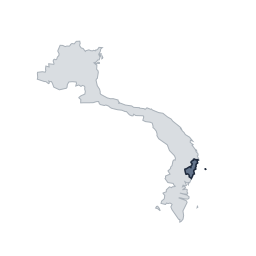 Vietnam, with Bình Thuận highlighted, rotated 324°
{"feature_id": "VNM-496", "entity_name": "Bình Thuận", "entity_type": "Province", "adm_level": 1, "iso_a3": "VNM", "parent_name": "Vietnam", "parent_adm1": "", "projection": "natural_earth1", "projection_center": [108.248, 11.033], "detail": "fine", "context": "in_parent", "style": "filled", "palette": "slate", "viewbox_px": 256, "rotation_deg": 324, "n_neighbors": 0, "source": "natural_earth", "source_scale": "10m", "svg_char_len": 5690}
<svg xmlns="http://www.w3.org/2000/svg" viewBox="0 0 256 256"><g transform="rotate(324 128 128)"><path d="M154.5,47.9L152.5,48.0L150.4,49.9L147.6,51.1L146.9,54.4L144.6,56.0L143.5,55.2L141.2,55.9L138.7,55.2L139.6,59.1L137.1,62.1L137.4,64.0L136.7,65.5L132.4,69.8L131.1,69.9L130.2,70.6L128.0,75.7L127.8,79.9L126.8,82.4L125.9,83.4L125.7,84.7L128.9,91.4L131.1,94.1L133.2,95.5L136.4,99.5L135.9,100.5L136.1,102.7L134.6,102.1L134.8,102.3L136.6,103.6L139.3,107.8L144.0,112.4L144.7,114.6L149.2,118.3L149.1,118.8L152.4,121.8L152.7,123.0L155.2,122.8L157.4,126.3L158.1,126.3L158.3,127.8L161.9,133.6L164.9,136.6L166.4,142.1L168.2,146.2L168.2,148.6L170.9,158.6L170.7,159.9L170.2,158.7L170.3,162.5L170.7,164.5L170.5,167.0L172.4,171.6L172.7,176.8L171.3,174.6L169.9,176.1L170.9,179.8L169.7,179.5L169.8,184.4L170.4,186.1L170.2,186.8L169.6,185.5L169.1,187.8L169.6,189.4L168.8,191.2L167.6,191.3L167.0,195.0L164.9,195.3L163.4,197.0L161.6,197.6L158.1,200.8L155.9,201.4L154.8,203.9L152.8,204.2L145.6,208.6L144.8,207.5L143.5,207.1L142.5,204.8L141.7,208.6L141.2,208.8L140.0,208.1L139.0,206.6L137.5,207.6L139.2,207.9L139.6,208.9L139.4,210.1L135.7,210.0L139.0,211.5L139.7,212.7L138.1,214.5L138.1,215.8L137.3,216.4L135.5,215.2L131.7,211.1L136.2,216.9L137.0,219.5L136.0,220.7L134.6,220.7L132.5,219.0L129.0,214.9L127.9,214.3L131.9,220.2L132.5,221.5L132.0,223.0L123.7,227.4L121.5,231.6L118.9,234.1L116.2,234.8L114.6,234.6L116.2,232.4L115.3,231.6L115.6,220.0L116.3,217.0L118.7,215.8L118.7,215.1L117.9,213.4L116.0,212.7L115.1,211.4L113.4,211.9L110.4,208.4L112.2,206.9L115.7,206.6L118.1,204.2L117.9,201.5L118.1,201.2L121.5,202.1L122.6,200.6L126.9,200.0L128.2,201.9L129.2,201.6L131.2,202.8L132.0,202.9L131.6,201.0L132.0,199.4L128.2,195.6L128.2,190.7L129.1,190.5L130.1,188.9L134.9,190.0L135.1,186.2L138.7,185.8L139.5,184.7L141.5,184.3L145.0,181.1L146.5,180.8L147.3,181.7L148.7,180.2L149.3,177.7L148.3,170.6L149.9,164.7L146.5,154.7L146.9,151.2L148.0,150.0L149.0,147.2L148.9,143.9L148.4,142.4L149.3,141.3L150.5,138.4L149.4,136.4L145.9,133.1L144.5,130.5L147.3,128.3L147.4,127.0L141.6,122.5L140.7,120.2L139.3,121.1L138.3,120.5L136.9,118.2L136.4,113.8L135.4,113.1L133.5,110.0L130.3,107.1L126.4,102.5L125.7,101.1L125.2,98.9L123.6,96.4L122.1,95.9L119.4,92.8L119.1,91.5L119.8,89.3L117.9,88.1L114.6,87.0L104.5,79.8L106.6,77.2L106.0,74.8L106.2,74.4L109.0,74.3L113.0,75.2L115.0,73.3L115.8,71.1L117.2,69.5L117.3,68.5L116.3,66.8L114.4,66.7L113.5,64.3L110.4,63.3L112.5,61.7L113.1,60.3L110.2,57.8L107.2,56.0L104.5,57.2L102.5,59.3L101.5,59.6L95.0,56.8L92.0,51.4L93.2,47.0L93.3,45.3L92.0,44.6L91.6,43.5L90.7,45.4L89.8,45.4L88.8,42.1L87.7,41.3L83.3,35.2L84.7,34.0L86.8,30.5L87.6,29.8L91.9,32.2L93.8,34.2L95.6,32.9L95.7,32.1L98.0,29.6L100.0,32.2L101.6,29.4L105.4,32.9L106.1,32.2L106.8,29.8L107.9,29.1L108.8,29.0L109.8,30.4L110.7,30.5L112.6,29.1L114.5,28.8L115.9,27.5L116.3,24.8L116.7,24.2L121.7,21.2L123.7,22.8L125.0,25.2L126.8,25.8L128.6,27.3L130.1,27.1L130.5,26.6L132.3,26.7L133.9,28.3L137.1,27.5L140.0,29.4L139.0,31.5L137.6,32.4L137.2,33.5L137.2,35.8L138.4,37.2L138.5,41.0L139.3,40.7L142.3,41.8L143.4,43.7L144.8,44.8L145.9,44.9L146.9,46.4L147.9,45.9L148.4,46.5L150.4,46.3L151.9,45.7L154.5,47.9ZM106.0,208.7L106.1,211.1L105.4,213.9L104.6,210.8L103.3,209.0L105.0,208.2L106.0,208.7ZM150.0,52.1L148.2,53.9L147.5,53.9L148.4,51.3L150.0,52.1ZM143.0,58.9L142.5,58.9L141.5,57.8L142.0,57.1L143.1,57.6L143.4,58.1L143.0,58.9ZM149.0,56.3L148.3,56.7L147.5,56.6L149.3,54.7L149.0,56.3ZM140.1,56.3L140.8,58.2L139.8,57.2L140.1,56.3ZM144.8,207.9L143.4,209.5L143.3,208.7L144.8,207.9ZM138.0,233.1L137.0,233.1L138.1,232.1L138.0,233.1Z" fill="#d9dde1" stroke="#a8b0b8" stroke-width="1"/><path d="M166.0,195.2L165.8,195.1L165.6,195.1L165.4,195.1L165.2,195.1L164.9,195.2L164.5,195.6L164.4,195.7L164.3,195.9L164.2,196.2L164.0,196.9L163.9,197.2L163.8,197.3L163.7,197.3L163.3,197.3L163.1,197.1L162.9,197.1L162.5,197.3L162.4,197.3L161.9,197.3L161.7,197.6L161.4,197.7L161.1,197.9L161.0,198.2L160.9,198.4L160.7,199.0L160.3,199.2L160.2,199.2L159.8,199.5L159.6,199.5L159.4,199.5L159.3,199.8L159.1,200.4L159.0,200.6L158.8,200.6L158.7,200.7L158.5,201.2L158.4,201.2L158.3,200.7L158.0,200.6L156.4,200.9L156.1,201.1L155.9,201.3L155.9,201.5L155.6,201.8L155.5,202.0L155.3,202.6L155.2,203.2L154.7,204.2L154.0,204.0L153.8,203.9L153.5,203.9L153.3,204.0L152.6,204.3L152.1,204.8L151.9,204.9L151.4,205.1L150.6,205.6L150.4,205.7L150.1,205.8L149.6,206.1L149.5,205.5L148.8,203.4L149.4,202.8L149.5,202.5L149.7,202.1L149.7,201.6L149.7,201.2L149.5,200.8L149.4,200.5L149.3,200.2L149.1,200.0L149.0,199.9L148.8,199.9L148.5,199.9L148.3,199.9L148.1,199.8L147.8,199.6L147.7,199.3L147.8,199.1L148.0,198.8L148.1,198.5L148.1,198.1L148.3,197.7L148.5,197.3L148.7,196.9L148.7,196.7L149.0,196.2L149.2,195.7L149.4,195.2L149.6,195.0L149.7,194.8L149.8,194.7L150.5,194.9L150.9,195.2L151.4,195.3L151.8,195.3L154.9,195.5L155.2,195.6L155.3,195.8L155.4,196.0L155.5,196.2L155.5,196.4L155.4,196.6L155.4,196.8L155.5,196.9L155.6,197.0L155.7,196.9L155.9,196.7L156.2,196.2L156.4,196.0L156.7,195.8L157.0,195.7L157.5,195.6L157.9,195.5L158.2,195.2L158.6,195.0L158.8,194.8L158.9,194.6L159.0,194.4L158.9,194.3L158.8,193.9L158.7,193.7L158.7,193.4L158.7,193.2L158.7,192.9L158.8,192.7L159.0,192.6L159.3,192.4L159.6,192.3L161.1,192.3L161.4,192.3L161.8,192.5L162.0,192.6L162.2,192.4L162.3,192.0L162.5,191.8L163.0,191.8L163.4,192.0L163.5,192.1L163.6,192.3L163.6,192.7L163.6,192.9L163.7,193.0L163.8,193.1L164.1,193.2L164.2,193.3L164.3,193.4L164.3,193.8L164.3,194.0L164.5,194.1L164.9,194.1L165.2,194.1L165.5,194.3L165.8,194.5L165.9,194.8L166.0,195.0L166.0,195.2ZM166.5,206.4L166.7,206.6L166.7,206.9L166.7,207.1L166.4,207.1L166.3,206.9L166.2,206.7L166.3,206.5L166.5,206.4Z" fill="#64748b" stroke="#1e293b" stroke-width="1.5"/></g></svg>